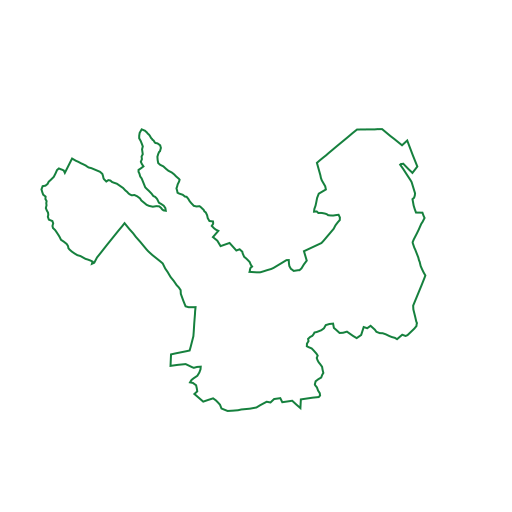 the district of Kipkelion East, Rift Valley, Kenya, rotated 70°
{"feature_id": "3690345B91045012580235", "entity_name": "Kipkelion East", "entity_type": "district", "adm_level": 2, "iso_a3": "KEN", "parent_name": "Kenya", "parent_adm1": "Rift Valley", "projection": "albers", "projection_center": [35.478, -0.176], "detail": "fine", "context": "isolated", "style": "outline", "palette": "green", "viewbox_px": 512, "rotation_deg": 70, "n_neighbors": 0, "source": "geoboundaries", "source_scale": "gbopen_adm2", "svg_char_len": 6126}
<svg xmlns="http://www.w3.org/2000/svg" viewBox="0 0 512 512"><g transform="rotate(70 256 256)"><path d="M107.2,413.6L109.8,416.1L112.5,419.0L113.6,421.4L114.3,422.9L115.3,425.4L117.0,427.2L117.9,429.8L117.4,432.6L120.0,434.8L123.1,435.0L125.6,435.0L128.2,433.4L130.4,434.4L132.8,434.0L134.6,435.0L136.7,435.5L139.1,437.1L141.8,437.0L142.8,436.8L144.1,436.6L146.3,437.1L148.0,438.2L151.0,438.2L153.5,435.4L155.9,435.4L158.2,437.0L160.3,437.2L162.9,435.9L165.6,435.2L169.5,434.3L171.2,434.0L174.1,433.7L176.8,431.7L179.9,429.8L182.0,429.3L182.8,429.3L184.5,429.6L186.2,429.0L188.8,427.6L191.5,425.7L194.1,423.6L195.4,421.8L196.0,421.0L196.9,420.2L199.7,417.8L200.4,417.2L201.7,415.4L203.5,413.3L204.8,412.0L205.4,411.5L207.2,412.8L207.0,410.3L203.0,405.9L200.4,401.6L194.5,392.1L185.2,376.7L182.1,371.3L180.2,368.3L187.4,365.8L192.6,363.7L196.9,362.4L203.2,359.9L212.2,356.7L214.4,355.8L216.0,355.0L219.6,353.1L228.1,347.9L231.1,346.2L236.7,345.6L240.9,344.5L243.1,344.1L246.3,343.5L247.3,343.2L251.3,341.8L256.1,340.6L259.1,339.3L262.3,338.5L265.9,339.6L273.4,339.6L279.2,339.4L281.1,336.8L283.4,330.3L287.3,332.2L289.7,333.2L297.8,336.9L305.6,340.3L310.0,342.3L319.2,348.6L322.1,350.7L321.6,354.4L319.9,365.6L319.4,369.5L330.0,373.9L331.5,366.9L333.5,359.1L335.4,357.2L338.5,354.2L339.8,352.7L340.1,349.3L341.1,345.8L343.5,346.9L346.1,349.1L348.5,352.1L349.6,356.5L350.3,358.6L350.7,359.4L352.2,361.2L353.7,358.7L357.0,356.5L360.1,356.9L363.1,357.5L364.6,361.1L367.6,359.4L374.8,355.4L374.9,350.1L375.1,345.0L377.9,343.1L380.5,341.9L383.4,340.7L387.5,340.6L391.9,335.7L393.4,330.7L394.8,325.6L395.2,322.3L397.4,313.9L398.5,307.4L397.6,302.9L396.6,295.8L398.6,292.5L396.6,287.9L397.9,281.8L402.4,281.3L403.4,276.4L404.4,271.5L409.4,268.9L414.1,266.3L406.1,262.9L408.5,251.2L410.0,245.3L409.0,243.5L406.7,243.0L403.7,243.7L402.0,243.7L400.3,243.7L397.7,244.6L396.7,244.6L394.1,242.8L393.1,239.6L392.5,236.3L390.3,234.4L388.9,232.7L386.0,232.4L382.7,231.8L379.5,232.7L377.5,233.4L376.5,233.6L375.0,233.8L372.6,233.8L370.7,232.1L368.4,232.6L364.1,234.3L361.9,235.3L359.7,237.7L358.2,239.1L355.8,238.1L354.0,235.8L351.7,235.4L350.6,232.8L350.3,230.4L349.3,228.8L347.9,227.2L348.2,224.9L348.1,220.1L347.2,216.9L344.8,214.1L345.0,210.3L345.9,206.7L350.2,207.4L352.5,206.1L356.9,203.8L357.9,200.5L358.2,196.4L364.1,192.3L367.6,189.5L366.2,184.2L359.6,179.1L361.9,176.2L360.8,172.2L365.9,169.5L368.4,168.8L370.8,166.1L371.9,163.4L374.0,160.8L376.7,158.2L378.6,156.1L380.4,153.5L382.4,151.9L380.0,145.5L382.3,142.8L382.2,140.7L378.4,132.1L376.7,129.2L374.9,128.3L374.1,127.7L372.6,127.8L371.5,127.7L367.5,127.2L360.0,126.4L356.4,125.3L340.3,110.6L334.0,105.0L332.2,103.5L328.9,104.1L325.1,104.5L321.7,104.7L317.5,104.2L315.7,104.3L312.9,104.0L304.4,104.2L302.3,104.4L297.7,104.3L296.6,104.1L294.4,102.1L289.8,97.1L287.0,94.2L282.2,89.6L280.9,87.8L277.9,84.6L275.3,84.8L272.2,84.8L269.9,90.8L266.1,90.8L262.4,90.6L256.1,89.5L255.3,87.5L253.5,86.1L251.5,85.1L240.0,84.5L239.0,84.6L237.5,84.9L230.3,86.6L224.6,87.9L219.5,89.3L219.1,88.2L219.5,87.3L219.6,86.1L226.5,83.0L230.7,80.9L231.4,80.6L230.9,79.8L228.9,76.6L227.1,73.8L214.6,74.2L199.2,74.4L201.9,80.9L193.4,86.0L189.2,88.7L179.9,94.1L179.2,96.0L178.8,97.3L178.4,98.2L177.7,100.9L176.8,103.5L175.6,106.7L174.6,109.6L173.7,112.2L171.7,117.8L173.5,123.1L175.9,129.6L180.1,141.5L184.1,152.5L185.4,155.8L186.3,158.6L187.7,162.7L189.3,166.9L202.2,167.9L204.8,168.3L207.4,168.3L214.2,167.1L217.4,167.6L218.9,175.7L222.3,178.7L226.3,181.1L229.0,182.8L231.8,185.1L234.2,186.3L234.9,183.7L236.9,182.7L237.8,180.1L238.1,179.4L239.4,177.2L240.3,175.9L241.4,174.8L242.3,174.3L243.4,172.1L244.4,169.6L244.9,167.0L245.5,164.3L248.5,164.0L250.9,165.0L252.1,167.3L253.8,170.0L254.5,171.0L257.0,173.7L265.0,187.7L266.2,190.1L267.9,209.3L277.7,209.9L280.3,213.9L283.2,217.5L284.2,220.0L283.9,220.8L283.7,221.6L282.9,225.7L281.7,226.4L280.0,227.6L276.9,228.1L274.3,227.6L271.0,226.6L270.3,228.8L273.2,243.6L273.4,246.2L273.1,250.6L273.0,253.7L272.8,257.3L272.6,258.2L271.6,260.9L268.7,267.5L268.1,267.0L266.5,266.2L265.1,265.0L264.6,263.3L262.3,263.9L259.5,264.0L257.0,265.1L255.1,266.0L252.7,267.4L249.7,267.6L248.5,267.6L247.3,267.4L244.1,269.1L244.1,272.6L234.7,276.4L234.6,285.9L228.4,287.1L223.5,290.0L219.5,282.8L217.4,284.8L215.5,286.0L212.6,287.3L211.3,285.5L210.5,285.0L208.8,284.6L207.2,287.8L203.9,288.4L201.0,288.0L197.9,288.3L196.3,289.3L195.3,289.3L194.3,289.6L193.4,290.1L191.5,291.0L189.9,292.0L189.1,295.0L187.5,297.4L186.8,297.6L184.1,298.8L181.8,299.6L179.1,300.1L176.6,301.0L175.9,302.4L173.4,303.9L171.1,306.8L169.7,308.1L167.9,307.8L165.2,307.6L163.8,306.4L161.9,305.1L159.7,302.8L158.2,301.7L157.2,302.0L153.8,303.9L151.3,305.0L148.7,306.6L145.9,309.2L143.4,310.7L140.1,312.4L137.5,314.9L135.2,316.1L132.2,315.6L129.0,314.7L126.7,313.0L125.1,311.5L124.7,310.4L121.9,308.4L119.2,308.2L116.8,309.8L116.3,310.3L115.9,311.0L115.4,311.9L114.5,312.3L113.7,312.5L113.0,312.6L112.3,312.8L111.4,313.5L110.3,313.7L109.4,314.2L108.3,314.4L107.0,314.6L105.8,314.9L104.9,315.3L103.9,315.9L103.2,316.1L102.5,316.3L101.5,316.9L100.4,317.4L97.9,320.1L100.5,323.2L103.0,324.6L105.4,325.5L108.5,325.0L111.9,324.9L114.3,324.9L116.8,326.6L121.6,327.6L123.4,329.5L126.0,330.1L128.1,332.0L130.5,331.8L133.3,331.1L134.3,334.3L134.9,336.9L136.7,337.6L138.3,337.4L139.1,337.4L141.4,337.6L142.1,337.5L143.7,337.0L144.5,336.9L147.2,336.8L153.6,336.6L155.8,335.6L158.1,334.4L161.7,332.8L164.5,332.0L166.0,330.5L168.1,329.6L168.9,329.4L172.7,329.0L174.7,327.3L177.2,325.5L180.0,324.8L182.6,325.3L181.5,327.3L180.0,328.3L178.5,328.7L176.3,329.9L175.1,332.5L174.4,336.1L172.3,339.4L170.5,341.3L167.9,342.8L165.4,344.3L164.5,344.8L162.2,345.3L159.3,347.2L157.1,349.4L156.5,351.9L155.3,353.2L153.8,354.3L151.6,355.2L149.6,356.4L146.7,357.6L140.5,362.0L138.5,364.5L137.2,366.0L135.3,367.0L134.2,368.8L134.8,371.2L131.7,372.6L130.8,372.7L128.5,372.4L126.3,372.3L123.5,373.8L117.1,380.7L115.5,383.1L113.5,384.6L112.8,385.0L110.0,387.7L109.4,388.4L106.7,390.8L104.9,392.7L101.5,395.5L112.5,407.2L109.9,407.4L108.2,409.1L107.8,409.7L106.3,411.3L107.2,413.6Z" fill="none" stroke="#15803d" stroke-width="2"/></g></svg>